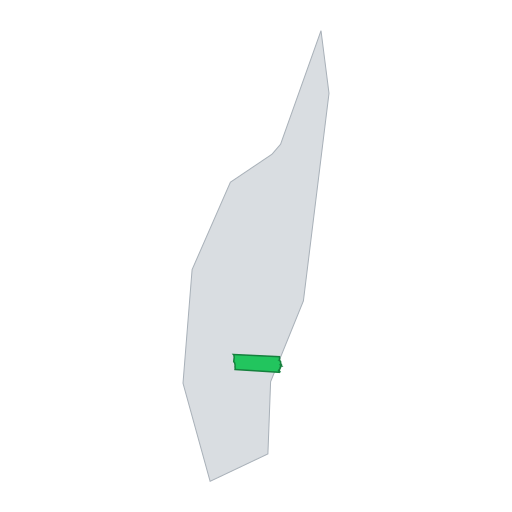 Ngerngesang, Ngchesar, Palau shown in context
{"feature_id": "81905179B58942175915190", "entity_name": "Ngerngesang", "entity_type": "district", "adm_level": 2, "iso_a3": "PLW", "parent_name": "Palau", "parent_adm1": "Ngchesar", "projection": "equal_earth", "projection_center": [134.606, 7.453], "detail": "fine", "context": "in_parent", "style": "filled", "palette": "green", "viewbox_px": 512, "rotation_deg": 0, "n_neighbors": 0, "source": "geoboundaries", "source_scale": "gbopen_adm2", "svg_char_len": 1872}
<svg xmlns="http://www.w3.org/2000/svg" viewBox="0 0 512 512"><path d="M267.9,453.9L210.1,481.3L183.0,383.2L192.1,269.6L230.4,182.2L272.0,154.2L280.6,144.2L321.0,30.7L329.0,93.3L303.4,300.9L270.6,381.7L267.9,453.9Z" fill="#d9dde1" stroke="#a8b0b8" stroke-width="1"/><path d="M235.0,369.5L279.2,372.3L279.2,372.2L279.2,371.9L279.2,371.6L279.3,371.6L279.2,371.5L279.3,371.4L279.2,371.3L279.3,371.2L279.2,371.1L279.3,371.1L279.2,371.0L279.2,370.9L279.2,371.0L279.2,370.9L279.3,370.9L279.3,370.7L279.2,370.7L279.2,370.4L279.1,370.6L278.9,370.6L278.9,370.4L278.8,370.2L279.0,369.9L279.1,369.7L279.3,369.5L279.5,369.5L279.5,369.4L279.7,369.2L279.8,369.0L279.9,368.8L279.9,368.7L280.0,368.6L280.0,368.4L280.0,368.2L280.0,367.9L280.2,367.7L280.3,367.7L280.3,367.4L280.5,367.3L280.5,367.2L280.4,367.1L280.5,367.0L280.4,366.9L280.5,366.7L280.6,366.4L280.7,366.2L280.8,366.1L280.9,365.9L281.0,365.9L281.3,365.9L281.4,366.0L281.7,366.0L281.6,365.9L281.4,365.8L281.4,365.7L281.3,365.8L281.2,365.8L281.2,365.7L280.9,365.5L280.8,365.4L280.7,365.4L280.7,365.5L280.6,365.4L280.4,365.2L280.5,365.0L280.8,365.2L280.8,365.3L281.0,365.3L281.0,365.0L280.9,365.0L280.9,364.9L280.9,364.7L280.9,364.3L280.9,364.2L280.8,363.9L280.7,363.9L280.8,363.8L280.7,363.7L280.7,363.4L280.7,363.2L280.7,362.9L280.6,362.7L280.6,362.4L280.6,362.2L280.6,361.9L280.6,361.7L280.4,361.5L280.4,361.4L280.2,361.3L280.1,361.2L280.0,360.9L279.9,360.8L279.9,360.7L279.7,360.6L279.6,360.4L279.6,360.1L279.5,359.9L279.4,359.9L279.5,359.8L279.5,359.7L279.5,359.4L279.5,359.2L279.6,358.9L279.5,358.7L279.6,358.4L279.6,358.2L279.6,357.8L279.5,357.5L279.5,357.3L279.5,357.1L279.5,356.9L279.5,356.7L233.4,354.5L233.9,355.1L234.0,355.5L234.2,357.8L234.0,358.8L233.9,360.3L233.7,361.3L233.9,361.9L234.7,362.9L235.1,365.2L235.0,366.9L235.2,368.5L235.0,369.4L235.0,369.5Z" fill="#22c55e" stroke="#15803d" stroke-width="1.5"/></svg>